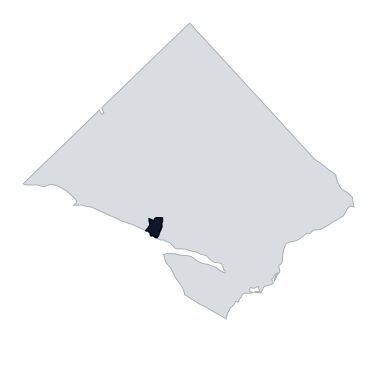 location of Safaga, Al Bahr al Ahmar, Egypt, rotated 136°
{"feature_id": "37247803B18851026884182", "entity_name": "Safaga", "entity_type": "district", "adm_level": 2, "iso_a3": "EGY", "parent_name": "Egypt", "parent_adm1": "Al Bahr al Ahmar", "projection": "equal_earth", "projection_center": [33.857, 26.735], "detail": "fine", "context": "in_parent", "style": "filled", "palette": "ink", "viewbox_px": 384, "rotation_deg": 136, "n_neighbors": 0, "source": "geoboundaries", "source_scale": "gbopen_adm2", "svg_char_len": 4392}
<svg xmlns="http://www.w3.org/2000/svg" viewBox="0 0 384 384"><g transform="rotate(136 192 192)"><path d="M307.6,315.2L301.2,315.2L294.8,315.2L288.4,315.2L282.1,315.2L275.7,315.2L269.3,315.2L262.9,315.2L256.6,315.2L250.2,315.2L243.8,315.2L237.4,315.2L231.0,315.2L224.7,315.2L218.3,315.2L211.9,315.2L205.5,315.2L201.9,315.2L202.5,312.9L202.9,311.3L202.5,310.1L201.3,309.9L200.4,310.2L198.5,315.1L197.5,315.3L195.2,315.3L187.8,315.3L180.4,315.3L173.0,315.3L165.5,315.3L158.1,315.3L150.7,315.3L143.3,315.3L135.8,315.3L128.4,315.3L121.0,315.3L113.6,315.3L106.1,315.3L98.7,315.2L91.3,315.2L83.8,315.2L76.4,315.2L76.5,309.4L76.7,303.5L76.8,297.7L76.9,291.9L77.1,286.0L77.2,280.2L77.3,274.4L77.5,268.6L77.6,262.8L77.8,256.9L77.9,251.1L78.0,245.4L78.2,239.6L78.3,233.8L78.5,228.0L78.6,222.2L78.8,216.5L78.9,210.7L79.1,205.0L79.2,199.2L79.4,193.5L79.5,187.7L79.7,182.0L79.8,176.3L80.0,170.6L80.1,164.8L80.3,159.1L80.5,153.4L80.6,147.8L80.8,142.1L80.9,136.4L81.1,130.7L81.0,129.7L80.0,125.8L79.2,120.9L78.4,114.9L78.3,113.0L76.8,106.8L76.7,105.1L77.1,103.8L80.1,98.6L81.1,96.1L81.9,93.1L82.2,90.6L81.5,86.9L80.6,83.5L80.4,80.1L80.4,76.7L81.9,74.4L83.7,72.2L84.4,70.9L85.5,69.4L86.2,68.7L87.5,71.7L90.4,72.3L100.1,69.6L110.5,72.3L116.3,73.3L125.3,75.6L130.6,79.8L132.1,80.3L136.0,80.2L138.6,82.6L148.8,83.8L154.2,86.5L157.3,88.6L159.2,89.3L160.8,89.2L163.1,88.4L165.9,86.9L169.0,84.8L175.4,79.4L177.7,78.4L179.1,78.7L180.9,78.6L181.7,77.2L182.6,76.2L183.2,75.0L184.2,73.6L187.5,73.3L194.1,70.9L193.4,72.0L187.3,74.7L189.9,75.0L192.5,74.1L195.5,73.5L196.1,72.4L196.5,70.3L197.1,70.0L199.2,70.4L205.3,73.6L206.9,73.7L211.2,71.9L212.2,71.6L213.6,72.5L216.8,76.6L215.6,76.5L212.2,73.0L211.9,74.7L209.9,77.8L212.4,79.1L214.3,79.6L215.4,81.2L216.1,82.7L218.0,82.1L219.5,80.0L218.7,78.9L218.3,77.7L218.9,77.7L220.3,78.7L224.2,82.5L225.5,83.3L227.0,83.2L230.2,82.1L231.1,82.3L235.4,80.9L235.9,81.9L236.6,83.0L240.0,81.8L245.4,81.8L249.8,80.5L255.0,77.5L255.4,77.0L255.6,77.8L256.3,79.9L257.8,85.2L259.2,89.4L260.9,95.2L261.4,97.4L261.6,98.9L264.1,105.3L265.5,110.6L266.6,114.8L268.1,121.1L268.8,123.3L267.7,124.4L265.6,128.5L263.4,141.4L260.2,151.6L259.8,157.9L259.3,160.2L257.8,163.5L255.9,166.6L252.6,165.0L247.1,159.4L244.0,154.2L240.6,150.8L237.4,146.2L236.6,143.0L236.6,140.9L235.2,135.9L234.2,133.5L230.3,128.1L229.2,125.2L228.4,124.0L227.5,122.2L226.2,115.2L224.6,110.8L222.9,112.0L223.2,113.9L221.7,116.4L220.7,119.4L221.4,121.8L224.6,125.6L225.2,127.2L225.9,130.7L225.8,135.5L226.3,137.1L228.7,140.7L229.5,142.8L230.0,144.7L230.8,146.3L233.2,149.4L236.5,155.4L239.8,159.4L242.1,161.3L243.1,163.2L243.3,168.2L243.1,170.6L245.2,175.1L245.9,177.4L247.9,179.3L248.8,181.4L249.7,184.8L250.9,195.1L252.7,197.6L258.0,211.1L262.6,219.6L264.8,226.0L268.1,233.8L274.8,250.9L278.7,256.2L280.3,259.2L283.1,261.5L286.2,264.8L283.3,264.5L282.5,264.7L281.5,265.2L281.0,267.3L280.8,268.9L281.2,277.6L282.0,282.1L284.7,290.5L286.6,293.0L287.5,294.7L288.9,295.9L295.0,298.8L298.6,304.9L306.7,312.6L307.6,314.7L307.6,315.2Z" fill="#d9dde1" stroke="#a8b0b8" stroke-width="1"/><path d="M231.3,193.9L232.9,195.6L234.1,196.9L235.5,198.2L236.9,198.7L237.0,198.7L238.6,198.1L239.9,198.7L240.5,200.4L241.5,202.5L243.3,200.4L243.9,199.2L244.9,197.8L246.1,197.3L248.9,196.7L252.2,196.3L252.2,196.2L251.9,195.8L251.7,195.7L251.6,195.4L251.4,195.4L251.3,195.2L251.2,195.1L250.9,195.0L250.7,194.9L250.7,194.7L250.5,194.4L250.5,194.2L250.6,193.9L250.6,193.4L250.7,193.1L250.6,192.8L250.7,192.6L250.8,192.6L250.9,192.4L250.8,192.2L250.7,192.1L250.6,191.7L250.5,191.4L250.8,191.1L250.8,190.9L250.7,190.8L250.7,190.6L250.8,190.5L250.8,190.3L250.9,190.2L251.0,190.2L251.1,189.8L251.1,189.7L251.3,189.7L251.3,189.8L251.5,190.0L251.8,190.1L251.8,189.9L251.8,189.7L251.7,189.6L251.6,189.4L251.5,189.2L251.6,188.8L251.7,188.7L251.4,188.6L251.2,188.9L251.1,188.7L251.0,188.4L250.8,188.2L250.7,188.0L250.6,187.9L250.5,187.7L250.4,187.4L250.3,187.0L250.2,187.0L250.2,186.9L250.3,186.8L250.2,186.6L249.8,186.3L249.9,186.2L250.0,186.1L250.0,185.9L249.9,185.8L249.8,185.7L249.7,185.5L249.6,185.3L249.6,185.1L249.7,184.9L249.8,184.9L249.9,185.0L250.0,185.0L250.0,184.9L249.9,184.8L249.9,184.6L249.7,184.4L249.7,184.2L249.4,184.0L249.2,183.9L249.0,183.7L248.9,183.7L248.6,183.5L248.5,183.4L245.7,184.2L243.5,185.5L240.8,186.5L237.9,187.8L237.0,188.7L235.9,190.2L233.4,191.6L231.3,193.9Z" fill="#0f172a" stroke="#020617" stroke-width="1.5"/></g></svg>